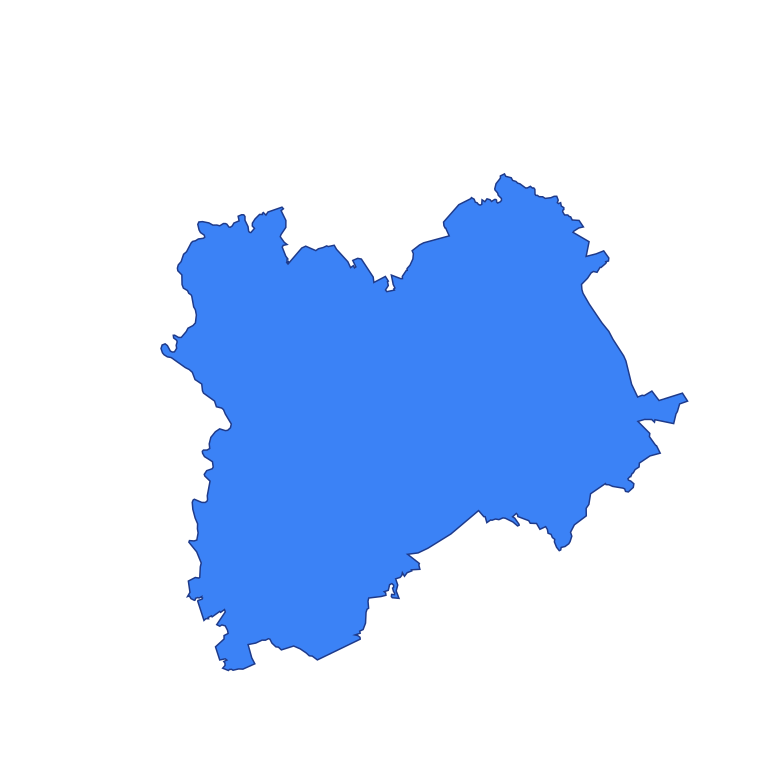 the district of Valle de Santiago, Guanajuato, Mexico, rotated 335°
{"feature_id": "50627088B5903999082745", "entity_name": "Valle de Santiago", "entity_type": "district", "adm_level": 2, "iso_a3": "MEX", "parent_name": "Mexico", "parent_adm1": "Guanajuato", "projection": "orthographic", "projection_center": [-101.283, 20.397], "detail": "fine", "context": "isolated", "style": "filled", "palette": "blue", "viewbox_px": 768, "rotation_deg": 335, "n_neighbors": 0, "source": "geoboundaries", "source_scale": "gbopen_adm2", "svg_char_len": 6171}
<svg xmlns="http://www.w3.org/2000/svg" viewBox="0 0 768 768"><g transform="rotate(335 384 384)"><path d="M246.9,223.1L244.1,233.7L244.4,237.0L243.1,242.2L238.9,248.9L235.6,250.3L229.9,250.6L226.9,252.9L220.0,256.1L217.5,255.0L214.9,251.3L213.6,250.8L212.8,253.4L214.6,256.8L214.3,258.5L212.0,261.1L211.2,264.0L207.7,266.3L205.7,265.6L204.3,263.9L203.9,257.6L202.6,255.1L199.4,254.9L196.9,257.6L196.4,262.1L197.0,264.5L199.1,267.8L202.3,270.1L210.9,285.2L213.6,288.6L215.2,292.4L214.6,300.1L218.8,307.0L216.6,313.5L216.6,316.0L223.2,327.8L222.5,333.8L226.7,337.2L227.7,339.4L227.5,344.2L228.7,355.7L226.3,358.8L222.7,359.9L220.5,359.2L216.1,355.2L211.0,356.0L204.5,359.2L200.3,364.4L198.8,368.8L195.8,369.1L192.4,367.6L190.9,368.2L190.3,370.1L190.6,373.9L195.7,381.9L194.1,387.1L192.5,388.2L186.7,387.6L182.9,389.9L182.7,391.7L185.3,398.5L176.6,410.6L175.2,414.3L174.0,415.4L171.9,415.8L168.8,414.3L163.4,408.3L162.0,408.5L160.2,410.2L157.8,416.7L156.2,425.6L156.0,431.9L153.7,436.4L152.6,440.4L148.4,446.3L145.6,446.0L141.5,443.7L140.3,444.9L143.3,457.0L142.7,469.0L140.3,472.0L135.3,481.4L134.1,481.6L131.2,479.6L123.4,479.9L120.1,490.8L116.1,493.6L118.0,493.9L118.4,497.0L120.7,499.9L121.7,499.9L122.6,498.6L124.9,498.8L126.0,499.8L129.0,499.6L128.5,500.3L129.1,501.3L128.2,502.1L123.9,501.6L123.4,502.1L120.9,522.2L123.3,521.4L125.8,522.6L125.9,521.3L129.6,521.2L129.8,522.4L139.0,520.7L139.4,521.9L144.1,521.0L143.8,523.5L130.7,531.4L132.8,534.1L135.2,533.8L137.9,536.1L138.1,541.0L137.3,544.2L132.7,544.4L131.3,547.5L120.2,551.0L118.5,564.7L124.0,566.0L124.9,567.8L121.5,567.8L121.9,569.7L121.0,571.9L117.7,573.4L121.9,577.9L123.3,577.4L125.3,578.2L126.2,579.6L131.8,580.8L135.7,582.8L148.7,583.0L148.4,576.3L150.7,562.7L158.3,564.6L165.2,564.6L168.4,566.1L171.6,566.0L172.8,567.1L172.9,571.4L174.9,576.5L177.1,577.9L178.6,581.6L191.4,583.3L196.1,588.6L199.9,595.0L201.4,598.7L204.0,600.3L207.0,605.9L254.6,605.2L255.2,603.4L253.8,600.8L251.7,599.2L257.1,599.8L257.5,597.7L261.3,597.7L266.2,592.9L271.2,583.4L273.4,581.0L275.3,580.7L277.7,574.1L279.7,571.5L291.6,575.4L296.5,576.3L297.2,574.1L296.4,572.3L300.7,572.8L304.3,568.2L306.8,568.2L307.7,570.4L306.8,572.3L305.5,572.6L304.9,576.3L305.4,577.8L304.5,579.3L302.0,577.9L300.8,579.8L301.2,581.2L307.0,584.6L307.6,576.7L311.5,572.0L312.2,565.5L316.9,566.1L319.4,564.9L320.9,562.8L321.3,566.9L325.2,564.8L330.2,565.1L330.3,564.0L338.2,567.1L339.1,562.7L340.2,561.6L333.4,548.3L343.5,551.5L354.4,551.4L381.2,548.2L416.2,538.7L418.4,546.4L419.6,547.0L418.6,553.1L423.2,552.3L424.3,553.1L428.0,553.5L430.8,555.5L435.2,555.6L437.2,556.9L442.5,563.5L445.1,569.1L446.8,569.1L447.1,568.2L445.8,560.8L444.4,558.7L449.2,557.2L449.8,558.8L449.3,560.7L457.4,569.0L457.7,572.0L463.3,574.9L463.9,581.6L470.2,581.6L470.6,584.9L469.6,588.6L471.9,590.9L471.7,594.3L473.1,596.9L471.7,599.1L471.4,604.9L472.4,609.1L474.0,609.1L475.5,607.0L479.4,607.8L483.9,606.9L486.0,605.5L489.9,601.3L490.4,597.2L497.0,592.1L511.6,589.0L514.7,582.1L518.8,579.7L524.8,570.8L542.6,567.8L542.7,569.0L545.3,570.4L547.9,573.4L556.5,579.3L557.8,580.8L557.5,583.4L559.8,585.1L566.2,583.1L568.3,580.0L566.6,576.2L564.9,574.4L565.0,573.0L567.7,571.9L568.4,572.3L571.1,569.9L572.3,569.9L575.4,567.7L580.1,567.0L582.0,563.6L594.7,561.6L605.1,563.4L604.9,555.0L604.3,554.6L602.3,543.9L604.0,541.1L598.3,525.2L605.1,526.2L611.6,529.3L613.0,532.9L614.5,530.9L629.8,542.3L636.0,534.5L638.2,533.0L643.5,527.0L651.9,527.8L650.6,518.4L626.3,515.2L623.8,503.6L614.9,504.5L613.2,503.3L608.4,503.0L608.3,488.9L613.0,465.3L613.1,459.8L610.4,440.2L610.0,431.4L607.3,420.5L603.8,398.5L602.7,385.8L603.3,382.0L605.1,377.2L613.1,374.2L618.7,370.8L621.3,370.5L624.3,372.8L629.1,369.6L630.0,370.1L635.7,368.5L636.8,367.9L636.7,366.8L639.4,367.4L641.0,364.8L639.4,356.2L631.2,355.7L621.1,353.8L630.0,341.7L619.4,326.4L620.7,325.7L626.5,324.9L631.1,325.9L629.9,318.2L623.9,314.9L623.8,311.4L622.7,310.5L622.0,308.5L619.1,307.1L618.7,303.4L619.6,302.0L620.7,301.9L621.5,300.2L619.9,297.6L620.7,294.3L618.5,294.3L617.7,292.9L619.6,291.0L619.9,286.9L617.5,285.8L614.0,285.7L608.5,283.9L607.0,281.4L603.8,279.8L602.7,277.8L601.3,277.2L601.1,275.8L603.0,271.3L602.6,269.6L601.3,269.1L600.2,266.7L596.9,266.9L595.2,266.2L591.8,260.0L590.0,258.4L589.2,256.2L586.6,253.8L586.5,250.9L582.1,247.2L582.0,244.5L577.4,244.6L576.5,246.6L570.2,249.8L566.9,253.9L566.6,255.1L567.7,258.8L567.3,261.3L568.8,265.5L568.1,267.2L566.5,268.0L563.5,268.0L563.0,266.6L563.7,264.9L563.4,264.1L562.2,263.5L558.6,264.0L558.0,261.8L555.6,259.7L552.5,261.4L550.7,258.5L548.5,262.5L546.7,262.5L545.5,261.2L545.0,259.1L543.6,257.8L543.8,254.6L542.0,252.0L541.0,252.7L527.6,253.1L506.4,262.4L505.2,265.9L505.3,268.5L505.8,268.7L505.7,277.3L479.6,272.8L475.0,273.0L465.8,275.1L465.7,278.3L463.0,282.9L457.8,287.3L453.7,289.1L453.1,290.8L452.2,290.5L446.1,294.2L445.3,296.3L443.7,295.6L436.7,288.4L434.4,297.7L434.5,301.6L433.0,302.0L433.1,303.3L425.6,301.5L425.1,299.4L429.5,296.6L430.4,292.7L431.4,292.6L430.7,287.1L417.7,287.7L419.4,282.5L416.3,261.2L413.3,259.0L407.9,258.8L408.0,266.0L406.3,266.3L406.2,263.8L402.9,264.4L402.9,257.9L397.9,241.9L397.5,237.2L391.6,235.9L390.4,234.6L386.5,234.6L381.7,233.7L378.6,234.3L371.3,226.0L366.9,226.0L347.7,234.7L347.3,233.3L349.0,233.9L349.2,232.4L347.7,232.1L349.0,229.9L349.7,230.0L349.0,226.6L349.6,216.9L351.3,215.8L355.1,216.6L353.5,213.5L352.2,206.7L353.7,205.1L361.2,200.6L364.2,194.3L364.0,183.4L366.9,182.7L366.3,180.6L351.5,179.1L348.4,181.0L347.1,177.6L346.0,177.9L345.4,179.0L342.9,177.7L336.9,179.9L332.7,182.6L331.4,185.1L332.4,188.2L327.3,190.5L326.2,189.7L325.9,188.2L327.3,183.9L327.2,176.9L328.8,173.4L328.4,171.4L326.5,170.4L322.7,170.3L321.6,174.9L316.0,174.7L313.3,176.6L310.8,177.0L309.8,176.2L309.1,172.7L308.0,171.5L306.3,170.7L302.0,171.2L299.7,169.3L296.1,167.7L293.4,164.0L288.1,160.1L284.7,158.9L282.7,160.6L281.5,166.2L281.7,169.2L284.0,173.1L283.6,175.2L282.0,175.6L277.0,174.1L273.6,174.5L270.8,173.9L268.9,174.6L260.9,180.7L257.2,181.7L251.9,187.3L247.9,189.1L245.7,191.7L245.0,194.3L246.9,199.7L243.0,208.5L242.7,212.3L245.4,216.3L245.4,219.3L246.8,221.6L246.9,223.1Z" fill="#3b82f6" stroke="#1e3a8a" stroke-width="1.5"/></g></svg>